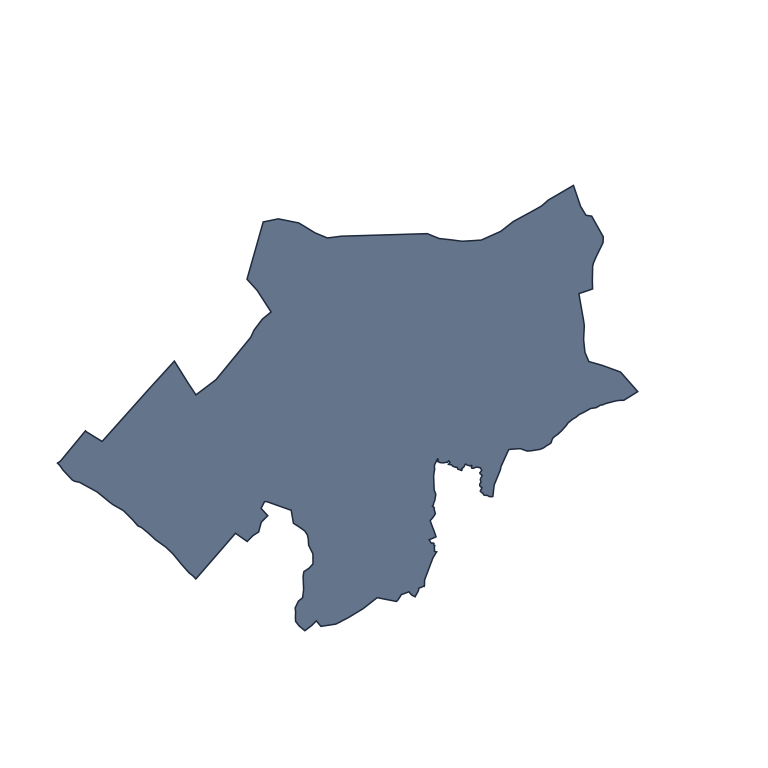 outline of Wamakko, Sokoto, Nigeria, rotated 40°
{"feature_id": "59680162B10831398447622", "entity_name": "Wamakko", "entity_type": "district", "adm_level": 2, "iso_a3": "NGA", "parent_name": "Nigeria", "parent_adm1": "Sokoto", "projection": "equal_earth", "projection_center": [5.187, 13.089], "detail": "fine", "context": "isolated", "style": "filled", "palette": "slate", "viewbox_px": 768, "rotation_deg": 40, "n_neighbors": 0, "source": "geoboundaries", "source_scale": "gbopen_adm2", "svg_char_len": 4046}
<svg xmlns="http://www.w3.org/2000/svg" viewBox="0 0 768 768"><g transform="rotate(40 384 384)"><path d="M184.7,654.5L188.0,654.8L193.6,656.3L206.7,657.9L209.5,657.4L214.0,655.0L233.6,651.1L248.7,650.9L253.7,650.7L265.7,648.5L278.8,649.6L286.7,650.9L290.4,649.8L298.4,649.7L303.9,649.9L308.9,650.2L321.8,649.2L331.4,649.8L345.3,652.4L356.3,654.0L360.9,653.8L365.2,654.3L366.2,593.8L380.4,592.6L381.1,584.3L383.1,577.9L378.8,568.7L379.6,559.6L369.8,558.3L368.1,551.0L369.7,549.5L394.1,540.4L404.1,548.9L410.3,548.1L417.8,547.5L422.4,548.9L425.8,551.6L429.8,555.9L438.7,559.8L445.2,567.4L445.0,573.3L443.2,579.2L445.6,583.3L454.6,593.2L459.0,600.0L458.0,605.4L459.9,612.7L462.7,615.3L466.1,619.7L468.9,622.7L474.5,623.9L481.9,623.9L482.0,623.8L483.9,615.3L484.4,609.0L491.5,610.2L501.5,598.8L506.7,586.3L512.4,569.6L516.1,552.1L533.3,542.6L533.4,541.9L533.5,540.9L533.5,540.2L533.4,539.4L533.3,538.8L533.2,538.0L533.1,537.3L533.1,536.9L533.0,536.1L532.9,535.7L532.7,535.0L532.6,534.4L533.2,533.2L534.3,531.5L534.9,530.2L535.7,529.0L536.6,527.2L537.3,527.2L538.3,527.5L539.2,527.7L540.4,527.8L541.1,527.8L541.6,527.8L541.7,527.7L542.4,527.6L543.5,527.2L544.6,527.0L543.9,523.5L543.7,522.3L543.2,520.3L542.7,519.1L541.9,518.3L542.4,517.2L543.3,515.7L543.8,514.5L544.1,513.8L544.9,513.2L544.4,512.2L544.0,511.6L542.7,510.1L541.3,508.3L541.0,507.7L539.3,503.0L539.3,502.9L538.6,500.9L535.4,491.9L534.2,488.3L533.9,487.6L533.2,485.5L532.8,482.7L532.3,480.0L532.4,479.4L532.3,478.7L531.6,479.1L530.2,479.7L529.7,479.0L529.1,478.3L528.4,477.7L527.9,477.1L527.4,476.3L527.1,475.7L526.7,475.1L525.9,475.5L525.7,475.4L525.2,474.7L524.8,474.1L524.4,474.1L523.7,474.2L523.3,474.9L523.0,475.4L522.9,475.5L522.3,475.4L521.4,475.2L520.0,474.7L518.8,474.4L518.6,474.3L518.8,474.1L520.6,470.7L522.1,467.6L517.0,464.5L515.6,463.7L513.5,462.6L507.2,459.0L507.3,457.2L507.3,455.2L507.1,452.7L506.7,450.3L504.7,448.9L503.9,448.5L503.1,447.8L502.5,446.9L501.8,446.4L500.7,446.3L499.8,446.6L499.3,444.3L498.5,443.1L497.8,440.6L494.6,435.2L490.5,432.9L481.2,422.6L479.2,419.5L477.5,416.5L476.0,415.2L474.7,413.5L473.2,407.0L474.0,406.8L475.1,408.8L477.5,408.2L480.5,406.0L481.9,404.0L482.9,403.5L482.9,401.3L484.9,401.6L485.1,404.1L486.2,403.5L487.6,402.5L489.6,402.8L492.0,401.9L493.7,400.9L495.4,401.8L497.7,400.8L499.0,400.5L499.1,399.8L498.5,399.0L497.8,398.6L498.5,397.0L498.4,395.5L497.8,393.4L498.1,392.7L499.1,392.8L499.7,392.6L502.3,391.6L502.7,391.3L503.0,390.3L503.7,390.1L504.7,391.8L505.1,392.1L505.6,391.9L506.8,391.0L507.4,389.5L508.6,387.9L511.7,386.3L514.4,387.3L514.5,390.5L515.2,390.9L517.9,391.0L519.0,395.0L519.5,395.6L521.4,396.8L521.6,398.8L522.2,399.9L522.9,400.4L523.7,400.7L524.6,400.6L524.9,400.4L525.2,400.2L525.7,400.4L526.1,402.2L526.3,403.5L526.9,404.4L528.0,404.2L528.7,404.3L528.9,404.4L529.7,404.2L530.4,404.3L531.0,404.5L531.7,404.8L532.4,404.7L532.8,404.4L533.4,404.1L534.5,403.0L536.9,402.6L538.8,401.3L539.7,400.2L533.3,390.5L528.3,374.8L526.8,372.3L521.7,354.1L523.7,351.9L530.0,345.9L536.9,343.3L539.9,340.3L545.6,333.7L547.3,330.4L548.2,326.9L549.6,322.9L549.8,321.4L549.0,319.8L548.1,317.0L548.7,313.5L549.5,310.7L550.1,305.7L550.3,298.5L550.0,295.6L551.1,289.7L552.2,286.7L552.6,285.4L553.0,282.3L555.4,276.9L558.0,270.0L561.8,265.7L563.5,260.8L564.8,259.6L566.3,256.6L572.7,247.6L574.7,245.4L578.2,242.3L583.3,226.7L557.5,222.8L539.1,229.5L526.5,235.1L517.6,230.6L508.4,221.7L500.0,210.6L495.9,206.9L475.2,189.5L482.7,177.1L477.5,171.3L468.1,159.6L466.7,156.7L464.5,149.2L461.0,135.0L457.4,130.3L435.2,121.9L430.3,124.9L420.5,121.6L401.5,110.1L400.2,113.6L391.6,137.5L390.3,146.2L387.2,154.5L378.6,176.4L375.3,192.0L365.9,211.4L362.5,214.5L362.3,214.8L352.0,224.5L342.6,230.5L332.7,237.1L320.5,241.0L256.4,298.1L246.8,308.5L234.2,312.5L215.2,315.4L196.9,325.4L187.3,337.5L211.7,391.8L226.5,393.8L251.2,401.4L249.1,412.5L249.8,426.2L251.9,433.9L252.5,488.7L246.9,513.2L233.7,509.3L208.7,501.2L207.1,540.3L205.0,609.2L186.8,611.9L185.4,611.8L185.7,651.2L184.7,654.5Z" fill="#64748b" stroke="#1e293b" stroke-width="1.5"/></g></svg>